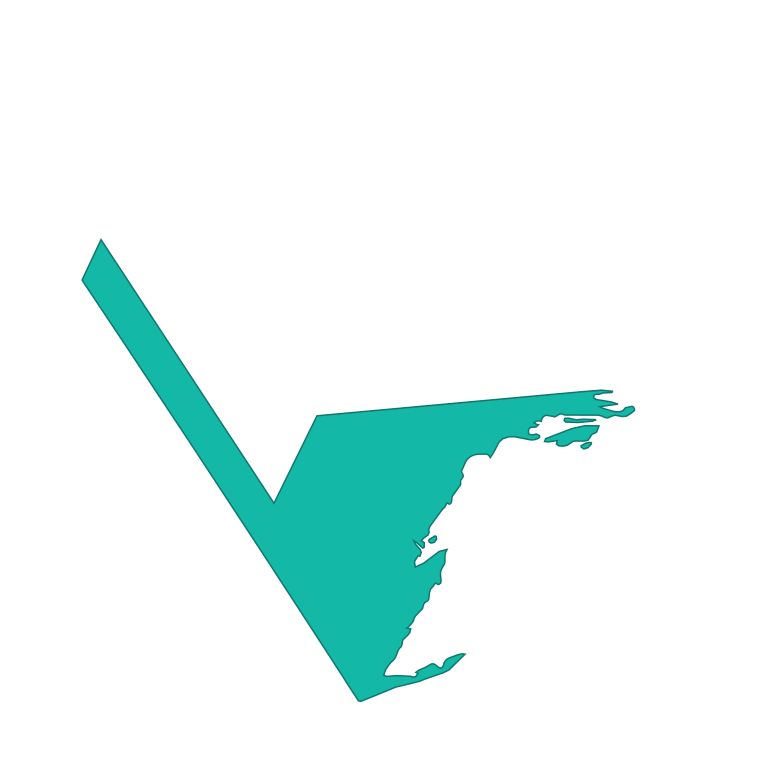 SVG path tracing the border of Dakhlet Nouadhibou, rotated 237°
{"feature_id": "MRT-2785", "entity_name": "Dakhlet Nouadhibou", "entity_type": "Region", "adm_level": 1, "iso_a3": "MRT", "parent_name": "Mauritania", "parent_adm1": "", "projection": "orthographic", "projection_center": [-16.46, 20.371], "detail": "fine", "context": "isolated", "style": "filled", "palette": "teal", "viewbox_px": 768, "rotation_deg": 237, "n_neighbors": 0, "source": "natural_earth", "source_scale": "10m", "svg_char_len": 3571}
<svg xmlns="http://www.w3.org/2000/svg" viewBox="0 0 768 768"><g transform="rotate(237 384 384)"><path d="M113.3,304.8L108.8,282.9L109.5,276.8L114.0,258.4L115.3,251.9L123.4,228.7L127.1,209.2L130.5,191.7L132.3,190.0L154.2,190.0L162.0,190.1L184.1,190.1L218.4,190.1L262.9,190.1L315.6,190.0L374.3,189.7L437.2,189.4L502.1,188.8L566.9,188.2L629.7,187.4L635.6,187.4L659.2,225.3L343.9,226.8L393.8,310.5L271.0,543.4L260.4,563.0L253.5,571.6L252.7,570.6L257.2,562.7L258.3,558.7L260.0,556.1L260.4,554.7L259.8,553.3L258.6,552.6L257.3,552.5L256.7,553.2L255.7,553.2L245.1,564.9L239.7,569.3L247.5,552.6L244.8,554.1L237.0,560.6L234.3,563.6L233.0,565.6L231.9,567.8L231.5,570.2L232.4,572.6L232.5,573.9L230.9,577.7L230.4,579.6L229.9,580.2L228.8,580.6L227.5,580.6L226.5,580.4L225.6,579.8L225.4,579.4L225.5,578.8L225.2,577.6L224.9,576.0L224.9,571.0L225.2,569.3L227.0,566.1L232.0,560.8L233.0,557.4L233.7,553.1L235.6,551.0L238.1,549.5L241.0,547.0L259.2,519.2L260.3,518.1L261.6,517.3L262.7,516.2L263.1,514.3L263.3,510.2L263.9,508.7L265.1,508.1L265.5,507.3L268.9,503.6L269.7,502.4L269.8,500.2L269.3,498.4L268.4,496.9L267.0,495.5L268.5,494.1L269.5,492.5L269.9,490.7L269.7,488.6L266.7,490.3L265.7,491.3L265.1,488.1L267.9,483.1L267.0,480.3L263.5,478.1L261.0,479.8L259.6,482.8L259.2,484.4L256.0,486.3L254.6,485.4L254.5,482.9L255.2,480.3L256.3,478.0L257.5,476.3L268.7,464.8L271.8,459.8L273.4,453.8L272.6,448.8L266.8,438.5L264.4,433.0L265.9,433.1L267.3,433.0L268.5,432.5L269.6,431.5L273.8,424.9L275.5,420.9L276.1,416.9L275.6,413.2L274.3,410.1L268.9,401.7L267.7,401.1L265.0,400.9L263.2,400.0L262.3,398.1L261.7,396.2L261.0,395.4L257.9,393.5L252.6,380.1L250.8,378.3L249.1,377.1L247.9,375.8L247.4,373.8L247.9,373.1L249.0,372.7L249.7,372.2L249.4,371.1L248.8,370.2L247.6,367.7L246.8,363.9L239.6,345.0L237.7,342.2L235.0,341.1L233.4,338.6L233.2,333.5L232.3,329.8L229.1,331.4L225.2,328.8L225.2,327.2L233.8,324.8L236.3,323.6L232.4,323.1L225.7,324.2L222.6,323.6L220.0,320.3L221.4,318.9L218.7,313.3L217.4,312.3L213.4,310.6L212.1,319.5L213.5,339.1L210.9,346.8L209.0,343.6L206.5,341.4L201.7,338.3L200.1,336.6L197.7,331.8L195.9,329.4L193.6,327.7L187.6,324.5L186.2,323.1L186.0,320.7L186.9,319.8L188.1,319.4L188.8,318.9L188.7,317.2L187.6,315.5L187.4,314.0L186.5,311.0L184.3,308.5L179.1,304.3L178.4,302.7L178.4,299.0L177.7,297.4L174.6,293.8L172.4,284.3L171.3,282.0L169.3,279.5L168.0,276.5L167.2,273.3L166.8,270.3L166.0,271.2L164.8,272.2L164.2,273.0L161.5,270.3L160.4,267.2L159.9,263.9L159.0,260.4L157.8,259.0L156.0,257.6L154.5,255.6L153.8,252.7L152.8,250.7L148.3,244.4L147.3,241.6L146.9,238.8L145.9,235.5L143.5,229.8L140.0,225.2L137.4,226.8L132.4,236.0L124.3,247.2L122.4,248.8L121.3,251.1L122.7,254.8L124.8,253.7L125.0,257.2L123.8,264.6L123.4,271.2L122.6,272.9L120.8,274.1L116.4,275.5L114.8,277.0L114.7,278.8L115.5,280.4L117.4,282.5L118.7,285.7L118.9,287.1L118.7,289.5L116.8,298.1L115.2,302.5L113.3,304.8ZM242.2,498.4L245.9,490.4L248.3,487.3L250.1,489.8L244.3,517.2L239.5,529.9L231.8,541.5L228.5,537.1L227.9,535.8L227.9,534.2L228.4,532.3L228.4,530.3L227.2,528.2L225.8,524.6L227.1,520.8L232.6,512.4L233.0,511.5L232.8,505.6L233.0,503.8L234.5,500.0L237.0,496.9L239.7,495.9L242.2,498.4ZM253.1,515.7L255.3,515.2L256.8,516.8L254.6,520.5L251.4,523.5L249.1,526.2L245.9,532.0L239.1,541.8L238.5,541.8L239.4,538.3L245.9,526.0L253.1,515.7ZM223.3,515.1L224.7,515.4L224.8,517.4L224.3,521.5L223.1,524.4L221.9,526.0L220.5,524.7L219.5,520.3L220.6,516.4L223.3,515.1ZM226.7,335.8L228.3,336.3L229.1,337.3L228.8,344.0L227.7,344.7L225.2,343.6L223.8,340.0L224.8,337.0L226.7,335.8Z" fill="#14b8a6" stroke="#0f766e" stroke-width="1.5"/></g></svg>